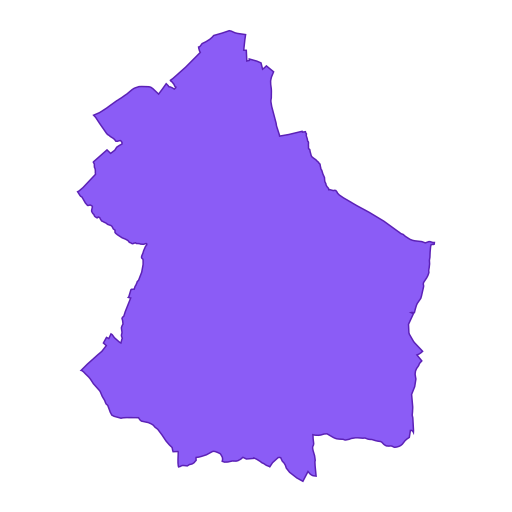 Botosana, Suceava, Romania
{"feature_id": "2599482B9355615521199", "entity_name": "Botosana", "entity_type": "district", "adm_level": 2, "iso_a3": "ROU", "parent_name": "Romania", "parent_adm1": "Suceava", "projection": "albers", "projection_center": [25.936, 47.686], "detail": "fine", "context": "isolated", "style": "filled", "palette": "violet", "viewbox_px": 512, "rotation_deg": 0, "n_neighbors": 0, "source": "geoboundaries", "source_scale": "gbopen_adm2", "svg_char_len": 6002}
<svg xmlns="http://www.w3.org/2000/svg" viewBox="0 0 512 512"><path d="M409.3,437.4L410.4,430.4L411.7,430.4L413.0,431.5L413.4,432.3L413.5,430.4L412.8,417.8L412.2,415.1L412.5,412.0L412.7,408.0L412.7,406.8L411.6,394.4L414.7,386.6L415.9,379.0L415.5,376.8L415.1,374.1L415.5,371.0L416.6,368.5L418.7,365.5L419.1,364.3L419.7,363.2L421.8,360.9L416.9,354.9L419.1,354.0L421.3,352.5L422.6,351.3L414.6,342.8L413.5,341.4L409.4,334.3L408.9,332.7L408.5,324.3L413.4,313.7L411.0,312.6L411.8,312.4L413.1,312.5L413.9,312.7L414.4,312.6L415.3,309.1L416.4,305.4L417.3,303.4L420.8,298.3L421.5,295.9L423.6,286.6L423.6,285.5L423.3,284.2L423.4,283.0L423.9,282.0L426.7,277.8L427.9,275.5L428.9,272.6L428.7,270.4L429.2,267.5L429.6,263.9L429.4,260.3L429.9,257.3L430.1,252.1L430.6,246.7L431.0,244.9L432.1,244.4L433.3,244.5L434.2,244.2L434.4,242.5L432.9,242.5L430.0,241.6L428.9,241.6L425.3,242.9L421.8,241.6L414.7,240.8L412.5,240.3L410.1,239.4L405.4,236.4L403.1,234.4L401.1,233.7L383.9,221.2L369.3,212.4L356.9,205.7L343.4,197.8L339.3,195.0L337.5,193.1L337.2,192.3L335.8,190.5L334.6,190.3L333.3,190.6L330.0,189.7L328.7,189.7L328.6,188.5L326.8,186.4L326.0,184.7L325.9,183.8L324.8,181.5L324.6,179.6L324.5,177.6L322.9,174.0L321.7,170.1L321.3,169.8L321.1,169.2L320.7,168.3L320.7,167.5L320.4,166.5L320.0,164.1L318.9,163.1L318.6,162.4L318.1,161.9L317.6,161.6L315.9,159.8L313.5,158.1L311.8,156.7L311.2,155.6L310.1,151.5L309.8,149.7L309.5,149.3L308.6,148.7L308.5,147.8L308.5,146.0L308.4,145.1L308.5,142.7L308.3,141.8L307.7,141.2L307.1,138.2L306.6,136.9L306.2,135.1L306.4,134.4L306.4,133.7L305.5,132.5L305.4,131.7L302.4,132.1L302.1,131.3L288.8,134.5L279.6,136.1L279.4,134.9L276.5,125.9L276.1,123.2L271.7,106.5L270.9,101.7L270.9,100.1L271.3,97.9L271.4,91.2L271.3,88.9L270.7,84.4L270.6,81.0L270.9,79.3L271.5,76.9L273.6,71.8L266.4,65.9L264.4,67.8L262.6,69.2L261.0,62.9L256.8,61.1L249.3,59.0L249.4,60.4L246.8,61.0L246.3,50.3L243.7,50.2L244.9,39.4L245.6,34.6L237.4,33.4L235.0,32.8L231.2,31.1L229.2,30.7L222.1,33.1L213.7,35.5L212.1,37.3L209.8,39.3L205.8,41.8L202.1,43.6L200.2,46.2L199.3,46.9L198.6,47.0L198.7,48.0L199.5,50.9L200.3,52.4L185.6,67.2L172.9,78.5L170.4,80.3L170.7,80.9L171.9,81.8L172.7,82.7L173.4,83.7L174.0,84.3L174.4,85.4L175.1,86.7L175.9,87.1L175.7,87.8L174.3,89.1L172.4,87.9L170.4,87.0L168.8,86.7L168.3,85.8L166.2,83.7L162.5,88.9L158.6,94.1L152.8,88.6L150.9,87.3L149.7,86.9L148.3,86.7L141.9,86.5L139.0,86.6L135.1,87.9L133.8,88.5L132.0,89.7L126.9,94.0L124.5,95.6L121.6,97.7L116.5,100.9L110.8,105.0L106.6,108.1L99.6,112.6L93.6,115.2L95.6,117.3L99.6,123.4L106.7,133.6L107.7,134.6L109.2,135.5L110.3,136.5L112.9,138.1L114.5,139.4L115.8,141.2L117.4,141.3L119.2,140.7L120.6,140.6L121.5,141.6L122.1,142.8L121.9,144.1L119.4,145.4L116.7,147.2L114.8,150.2L110.6,153.4L107.0,149.9L93.5,161.8L93.3,162.1L93.4,162.4L94.2,163.7L94.3,164.1L94.4,167.2L95.1,168.7L95.4,171.1L95.3,172.1L95.4,173.4L95.5,174.3L83.0,187.6L79.0,191.0L77.6,191.7L80.0,195.5L80.7,196.3L82.0,197.1L85.4,203.0L87.5,205.4L88.1,205.5L90.2,205.0L91.6,205.7L92.2,206.2L92.4,206.8L91.6,210.5L91.7,211.5L92.4,212.8L93.0,213.7L93.9,214.5L94.3,215.7L94.9,216.5L96.8,217.8L97.5,217.8L98.0,217.1L98.6,217.0L99.9,217.9L100.5,219.3L101.7,221.0L102.7,221.4L104.5,222.4L105.6,222.8L107.7,224.4L110.9,225.5L112.0,226.4L113.3,228.9L115.0,230.2L115.0,232.4L115.2,232.7L115.8,233.4L117.5,234.8L122.1,237.8L125.6,239.2L128.0,240.6L129.4,242.4L130.5,242.7L131.6,243.4L132.3,243.7L133.0,243.7L133.6,243.3L135.5,242.8L136.4,243.5L139.2,243.6L140.7,244.1L143.5,244.3L146.1,243.5L146.7,243.8L146.8,244.8L145.5,246.4L143.6,250.8L142.9,253.2L141.8,255.8L141.5,257.1L141.7,258.0L142.9,259.2L143.1,260.3L143.1,264.5L141.7,272.2L138.6,280.2L137.2,281.7L136.9,282.8L135.7,285.5L135.1,286.3L134.2,289.2L133.8,289.1L132.6,289.3L131.5,289.3L130.9,289.8L128.8,296.8L128.3,297.4L130.7,298.0L125.3,311.5L123.8,316.2L122.5,317.3L122.0,318.4L122.6,320.6L123.0,324.0L121.9,326.1L121.4,327.8L121.6,329.7L121.9,331.4L122.0,332.9L121.4,335.2L121.6,336.4L122.3,338.3L121.8,339.5L120.9,343.0L119.6,342.3L114.4,337.7L112.2,334.7L111.0,333.9L108.8,338.6L106.5,337.4L103.4,343.0L106.3,345.6L101.8,351.4L97.9,354.7L87.5,364.0L81.1,370.4L81.9,370.6L83.5,371.8L85.6,374.0L88.7,377.0L90.2,378.8L93.4,383.7L99.7,390.8L100.3,391.8L102.3,396.5L104.7,400.5L105.5,402.7L106.3,404.2L107.7,405.3L110.3,412.3L111.8,415.1L114.1,416.3L121.0,418.2L123.0,417.8L126.4,417.6L138.5,417.7L139.9,419.8L141.4,421.1L148.4,422.6L151.5,424.0L153.3,425.2L155.0,427.2L157.7,429.2L161.9,434.8L166.1,441.1L169.3,444.8L172.1,447.5L172.7,450.5L173.1,451.7L178.0,451.5L178.2,452.1L178.2,454.1L178.0,459.4L178.0,462.9L178.3,466.0L178.6,466.9L180.4,466.4L181.4,465.8L182.3,465.5L183.8,465.5L187.3,465.9L189.5,464.5L190.8,464.3L192.4,463.8L194.2,462.6L195.1,461.4L196.1,460.4L196.0,458.2L196.1,457.4L198.7,457.1L201.1,456.5L206.4,454.8L212.3,451.6L213.3,451.3L215.1,451.5L217.5,452.4L220.1,453.6L220.7,454.3L222.2,456.9L222.5,458.1L222.6,459.3L222.2,461.3L224.5,462.1L227.8,462.0L232.3,461.0L232.5,461.0L236.1,461.1L237.9,460.7L240.8,459.1L242.9,457.3L246.4,459.0L253.7,458.4L253.9,457.9L256.8,459.3L260.2,461.4L261.8,462.7L263.8,463.6L266.3,465.3L269.4,466.5L269.8,466.8L272.5,462.7L278.1,457.6L279.5,457.4L280.7,457.7L282.2,461.0L284.2,463.2L285.4,465.3L286.3,468.1L289.6,472.3L296.9,478.0L302.9,481.3L308.0,471.5L310.2,474.1L311.7,475.1L313.0,475.7L316.1,476.1L315.1,465.9L314.9,461.7L315.2,460.6L315.1,459.5L314.6,455.8L313.0,450.3L312.6,448.0L312.7,446.7L313.5,444.9L313.7,443.7L313.1,438.5L313.0,435.8L312.9,434.7L315.2,435.2L318.5,435.3L320.8,435.0L324.1,434.0L327.0,433.8L333.4,437.5L335.2,438.3L336.8,438.8L339.4,439.1L343.1,439.3L345.0,440.0L345.6,440.0L349.1,439.3L351.2,438.5L355.4,437.8L357.9,437.8L362.9,438.2L365.0,438.0L367.9,439.1L369.6,439.4L371.9,439.5L375.4,440.6L378.1,441.2L380.5,441.5L381.8,442.2L383.8,444.3L385.2,445.3L386.4,445.9L388.9,446.1L390.9,445.9L392.1,446.2L393.9,447.1L394.7,447.3L396.8,447.0L399.1,446.3L400.7,445.5L402.3,444.2L405.1,440.6L406.8,439.1L409.3,437.4Z" fill="#8b5cf6" stroke="#5b21b6" stroke-width="1.5"/></svg>